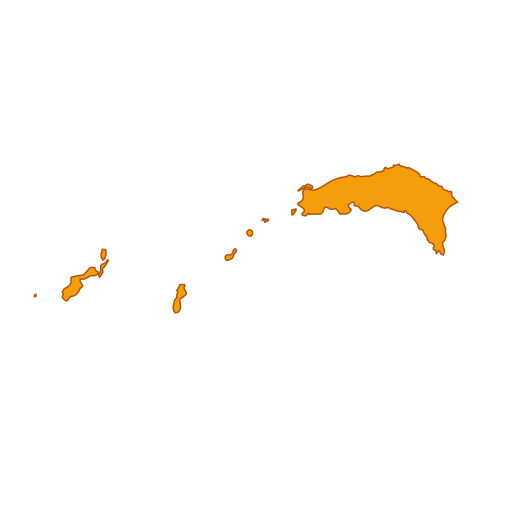 map outline of Sulawesi Utara (Natural Earth projection), rotated 222°
{"feature_id": "IDN-513", "entity_name": "Sulawesi Utara", "entity_type": "Province", "adm_level": 1, "iso_a3": "IDN", "parent_name": "Indonesia", "parent_adm1": "", "projection": "natural_earth1", "projection_center": [125.095, 2.916], "detail": "fine", "context": "isolated", "style": "filled", "palette": "amber", "viewbox_px": 512, "rotation_deg": 222, "n_neighbors": 0, "source": "natural_earth", "source_scale": "10m", "svg_char_len": 5870}
<svg xmlns="http://www.w3.org/2000/svg" viewBox="0 0 512 512"><g transform="rotate(222 256 256)"><path d="M117.5,382.0L118.6,381.8L120.1,381.2L122.9,382.5L123.9,382.1L123.7,381.3L123.4,379.6L123.7,378.5L125.1,379.7L126.3,380.4L128.3,379.5L129.6,380.4L129.9,381.2L130.0,382.0L130.2,382.6L131.0,383.2L131.7,383.3L133.6,383.3L134.3,383.2L135.0,382.9L135.5,382.5L136.1,382.1L137.1,382.1L137.6,382.4L138.1,382.9L138.6,383.1L139.4,382.6L141.3,384.1L146.5,385.4L148.6,386.7L149.4,386.9L151.7,385.8L152.8,385.4L154.1,385.8L156.9,387.5L158.2,388.1L167.8,389.7L172.5,389.1L173.2,389.2L174.5,389.7L175.0,389.7L175.8,389.1L176.0,388.6L175.8,388.0L175.0,387.6L176.1,386.8L178.8,385.8L179.9,384.5L187.6,381.2L189.8,380.7L190.7,379.8L192.4,377.7L194.6,376.5L199.2,375.0L200.9,373.4L201.9,370.8L203.0,365.3L204.1,363.1L204.9,362.4L206.0,361.7L207.2,361.1L208.6,360.9L213.2,361.2L214.5,360.9L215.1,360.5L215.6,359.9L216.0,359.4L216.8,359.3L217.4,359.7L217.7,360.5L218.1,361.2L219.0,361.5L220.0,360.9L220.8,359.4L221.4,357.6L221.5,356.1L220.8,354.8L219.8,354.3L217.1,354.4L215.9,353.5L215.8,351.5L216.3,349.3L216.8,347.9L220.5,344.7L221.0,343.9L221.8,343.4L226.7,344.6L228.4,344.3L229.4,343.5L231.1,341.1L232.3,340.4L235.1,339.9L236.5,339.3L237.5,337.6L237.1,336.1L236.1,334.6L235.6,333.0L235.8,331.0L236.6,329.8L243.4,323.7L244.0,322.7L244.3,322.4L245.6,323.0L245.9,322.7L245.8,319.9L245.9,319.2L246.7,318.5L248.1,317.7L249.5,317.5L250.1,318.3L250.1,321.6L250.7,322.5L252.0,323.0L253.3,323.0L257.9,322.4L259.8,322.7L260.1,323.6L259.1,326.7L259.2,330.1L260.6,332.0L262.5,333.3L264.2,334.9L264.8,338.0L262.8,340.1L259.9,341.5L257.6,343.0L255.7,345.9L254.3,348.7L250.1,362.5L246.8,369.0L244.6,372.2L242.4,374.8L242.0,375.4L241.3,377.3L241.2,378.0L240.8,378.5L238.4,379.9L236.2,380.6L235.6,381.0L235.1,381.8L234.0,383.9L233.5,384.3L231.8,384.7L230.4,385.8L228.1,388.6L225.8,390.6L224.7,391.8L224.1,394.0L223.1,395.5L222.9,396.5L222.9,397.6L222.9,398.2L222.0,399.5L219.6,402.0L219.0,403.5L218.6,404.2L218.3,405.0L218.5,405.7L219.0,406.4L219.2,407.0L219.2,408.4L218.9,408.7L217.4,408.6L216.8,408.7L216.6,409.0L213.8,413.3L213.5,414.5L214.5,415.2L214.5,415.7L213.2,416.3L212.4,417.3L211.2,420.0L209.4,419.4L207.7,420.1L206.2,421.1L204.9,421.7L203.2,422.1L201.3,424.0L193.0,426.0L189.6,426.3L186.8,424.9L186.0,425.5L184.0,427.7L182.1,427.1L181.6,427.1L181.0,427.5L179.7,428.5L179.1,428.7L174.6,428.9L173.2,429.3L170.4,430.4L169.7,430.5L167.3,430.4L166.1,431.0L165.0,431.7L164.4,431.9L163.6,431.7L162.8,431.2L161.9,431.0L160.5,431.1L158.1,432.3L155.8,432.7L155.2,433.3L154.2,434.5L153.7,434.5L153.1,434.0L150.9,432.0L150.0,431.5L142.8,430.8L142.2,430.9L143.0,429.1L144.6,424.1L145.1,421.5L145.2,419.2L144.9,416.5L143.8,411.5L142.4,409.1L141.0,407.2L133.1,403.0L131.6,400.7L129.5,399.2L128.5,398.3L127.8,397.5L126.3,393.6L126.3,391.4L126.2,390.8L125.7,390.1L124.9,389.3L121.7,387.3L120.9,387.0L119.2,385.8L117.7,382.6L117.5,382.0ZM375.7,112.6L377.7,114.6L379.2,116.5L375.2,122.2L371.5,126.4L371.4,132.0L371.5,135.9L370.8,137.5L368.1,139.4L365.0,137.9L362.4,138.5L361.6,136.2L362.4,134.1L363.4,132.6L365.5,131.2L368.0,124.2L371.1,121.2L370.3,119.8L369.3,119.4L368.0,119.0L364.7,117.9L364.5,116.1L365.1,114.4L364.5,112.4L364.2,111.7L364.0,110.7L364.0,109.7L363.8,107.4L364.4,105.3L366.7,101.4L366.8,100.8L366.8,99.9L366.7,99.1L366.4,97.4L366.3,96.4L367.0,95.7L368.7,95.3L370.6,95.3L371.9,95.6L372.9,96.3L373.1,97.1L373.2,97.9L373.8,98.9L374.7,99.4L375.4,99.4L376.0,99.7L376.1,101.0L376.6,102.7L376.3,104.3L375.6,106.0L375.2,107.8L374.9,109.8L375.7,112.6ZM292.4,180.9L292.6,181.5L293.1,182.7L293.3,183.3L293.2,183.9L292.9,184.4L290.5,186.6L290.0,186.8L289.0,186.5L288.7,185.9L288.7,185.1L288.3,184.3L286.9,183.4L283.6,182.4L282.5,181.4L282.3,180.0L282.9,176.1L283.2,175.4L283.4,175.0L283.4,172.4L283.1,171.9L281.5,171.0L278.0,167.5L277.2,166.5L276.6,165.1L276.2,163.6L276.4,161.8L278.0,159.7L280.4,160.2L282.8,162.0L284.3,164.0L286.7,168.3L287.1,169.7L287.1,170.2L287.0,170.7L286.9,171.2L287.1,172.1L287.4,172.4L288.6,173.6L289.0,174.3L289.7,176.4L289.9,176.6L290.7,177.0L291.5,177.3L291.8,177.3L292.0,179.1L292.4,180.9ZM278.1,234.4L278.6,235.6L278.6,236.7L278.1,237.6L276.2,239.4L275.8,239.9L275.5,240.5L275.3,241.8L275.6,242.9L276.4,244.3L276.6,245.2L276.7,246.2L276.6,247.0L275.9,247.6L274.6,247.4L273.9,246.4L273.6,244.9L273.6,243.5L273.4,242.3L272.4,240.0L272.1,238.6L272.4,237.6L273.7,234.6L274.3,233.7L275.2,233.1L276.3,233.1L277.3,233.6L278.1,234.4ZM361.1,140.3L364.1,144.1L364.9,145.1L365.0,146.7L364.1,148.4L363.2,150.5L363.8,153.7L362.5,153.7L362.0,150.3L361.4,147.0L361.7,144.4L360.5,142.7L359.0,141.6L358.6,139.5L358.1,136.8L358.2,135.4L360.1,136.7L361.1,140.3ZM367.0,150.5L369.5,151.2L371.7,152.8L373.1,155.0L373.8,156.3L374.7,158.0L373.5,159.2L371.7,160.1L368.5,156.8L366.7,152.8L367.0,150.5ZM268.0,332.7L268.4,332.7L268.4,334.3L268.0,336.6L268.0,339.0L267.7,339.6L266.7,340.5L266.5,341.1L266.0,343.6L264.8,344.5L262.5,345.3L260.4,345.5L259.5,344.4L259.7,343.5L260.3,343.0L261.8,342.5L264.9,340.9L268.0,332.7ZM277.3,266.5L278.6,267.3L279.0,268.1L278.7,270.9L276.7,272.1L274.6,271.4L273.1,269.7L273.0,267.6L273.8,266.7L274.9,266.2L276.2,266.2L277.3,266.5ZM259.5,313.1L259.8,313.6L259.9,314.7L258.3,316.5L258.2,317.2L258.0,317.6L257.7,317.7L257.1,317.2L256.8,316.4L256.6,315.2L256.2,313.9L256.1,312.5L256.4,311.8L256.6,310.8L257.0,310.6L257.6,311.3L258.3,312.2L259.1,312.9L259.5,313.1ZM274.7,287.9L275.5,286.9L275.7,287.5L275.6,288.7L275.3,289.1L275.0,289.0L274.7,289.0L273.5,289.9L273.1,290.0L272.5,290.4L272.1,291.1L271.6,291.6L271.1,291.4L270.6,290.7L270.7,289.9L271.1,289.2L271.3,289.1L271.7,288.6L272.2,288.5L272.2,288.2L271.8,287.5L272.0,286.9L272.4,287.1L272.7,287.4L272.9,287.3L273.2,287.4L273.6,287.7L274.2,287.9L274.7,287.9ZM393.4,77.5L394.0,78.2L394.5,79.3L393.8,80.2L392.9,79.3L392.8,78.0L393.0,77.7L393.4,77.5Z" fill="#f59e0b" stroke="#b45309" stroke-width="1.5"/></g></svg>